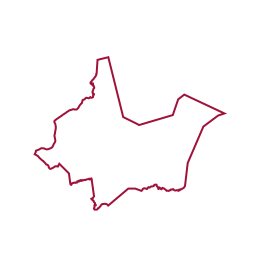 Siguatepeque, Comayagua, Honduras, rotated 75°
{"feature_id": "27666195B5317078284159", "entity_name": "Siguatepeque", "entity_type": "district", "adm_level": 2, "iso_a3": "HND", "parent_name": "Honduras", "parent_adm1": "Comayagua", "projection": "mercator", "projection_center": [-87.863, 14.653], "detail": "fine", "context": "isolated", "style": "outline", "palette": "rose", "viewbox_px": 256, "rotation_deg": 75, "n_neighbors": 0, "source": "geoboundaries", "source_scale": "gbopen_adm2", "svg_char_len": 5594}
<svg xmlns="http://www.w3.org/2000/svg" viewBox="0 0 256 256"><g transform="rotate(75 128 128)"><path d="M201.1,92.9L200.8,92.7L200.7,91.3L200.5,90.4L199.8,89.0L199.1,88.3L198.4,87.8L177.3,79.4L146.1,54.8L139.3,37.7L138.9,31.1L110.3,65.0L113.3,72.1L127.1,81.4L128.0,116.5L125.3,119.4L116.2,129.8L54.5,128.7L54.3,139.8L67.5,144.3L67.7,144.8L68.2,144.9L69.0,145.2L69.4,145.7L70.0,146.5L70.6,147.1L71.0,147.7L71.4,148.2L71.9,148.8L72.2,149.3L72.6,150.2L73.1,150.7L74.3,152.4L74.5,152.5L74.8,152.6L75.3,152.6L75.5,152.5L76.3,151.9L76.4,151.7L76.3,151.4L76.1,151.2L75.6,150.9L75.7,150.6L76.0,150.3L76.4,150.4L77.0,151.1L77.4,151.1L77.7,150.5L77.9,150.4L78.1,150.3L78.5,150.6L79.4,150.2L80.0,150.1L80.3,150.2L80.6,150.3L81.1,151.0L81.4,151.4L82.6,152.0L83.0,152.3L83.3,152.6L83.9,153.0L84.3,153.0L84.5,152.9L84.8,152.8L85.0,152.8L85.5,153.1L85.8,153.0L85.9,152.7L86.1,152.3L86.4,152.1L86.6,152.1L87.2,152.6L87.4,153.0L87.5,153.3L87.9,153.5L88.7,153.6L89.0,153.7L89.2,154.1L89.3,154.6L89.4,155.1L89.3,155.5L89.2,155.9L88.4,156.4L88.4,156.5L88.5,156.6L88.7,156.9L88.9,157.5L89.2,158.1L88.8,158.9L88.6,159.2L88.3,159.8L88.1,160.1L88.0,160.5L88.1,161.0L88.4,161.5L88.8,162.1L89.1,162.8L89.2,163.2L89.1,164.2L89.2,164.5L89.7,164.9L90.7,165.3L90.9,165.5L91.7,166.0L92.1,166.2L92.3,166.6L92.4,167.1L92.6,167.3L93.5,168.6L94.4,169.6L95.4,170.5L95.7,170.7L96.1,171.5L96.4,172.0L96.7,172.5L96.8,173.0L96.5,174.2L96.3,174.8L95.7,175.9L95.6,176.3L95.7,177.3L95.8,177.5L95.8,177.8L95.8,178.2L95.7,178.7L95.8,180.1L96.2,181.0L96.7,182.8L97.3,184.2L98.4,187.6L99.2,189.5L99.4,190.1L99.5,190.6L101.0,194.8L101.8,196.6L102.1,196.9L102.1,197.1L102.3,197.2L102.8,197.5L103.2,197.6L103.6,197.6L104.6,197.3L105.2,197.2L108.0,197.4L109.3,197.7L109.8,197.9L110.6,198.3L111.8,198.8L112.2,199.1L113.1,199.5L114.3,199.9L115.7,200.8L116.4,201.0L117.2,201.1L121.0,201.4L121.5,201.5L122.6,202.0L124.4,204.0L125.9,205.1L126.5,205.6L127.0,206.2L127.1,206.5L127.6,208.5L127.8,210.3L127.8,210.9L127.5,212.3L127.3,212.6L126.8,213.4L126.2,214.0L125.9,214.6L125.2,216.5L125.1,216.8L125.1,217.1L125.3,217.9L125.8,219.6L125.9,220.7L126.0,221.2L126.0,221.7L126.1,222.5L126.1,222.8L127.6,223.5L129.2,224.9L131.2,222.8L131.7,222.3L133.5,221.5L134.4,221.0L137.3,219.1L137.6,218.8L137.8,218.6L137.9,218.4L138.2,218.3L138.7,218.1L138.9,218.0L140.1,217.2L142.0,216.5L142.2,216.3L142.7,215.3L142.9,215.2L143.7,214.8L144.2,214.6L144.5,214.6L145.0,214.7L145.4,214.7L146.4,214.4L146.8,214.3L147.2,213.9L147.3,213.6L147.4,213.1L147.4,212.6L147.1,211.4L147.1,211.0L146.8,210.0L146.3,208.7L146.1,208.2L146.4,207.6L146.5,207.2L146.5,206.6L147.1,205.7L147.0,205.4L146.1,205.0L145.4,204.1L144.8,203.6L156.6,196.8L167.3,198.2L168.0,197.9L168.2,197.7L167.9,197.1L167.3,196.6L167.2,196.5L166.9,196.4L166.9,195.8L166.8,194.6L166.9,194.4L167.0,194.4L167.0,193.7L166.9,193.3L167.0,193.1L167.4,192.8L167.3,192.4L167.2,192.0L167.3,191.7L167.5,191.5L167.5,191.4L167.4,191.1L167.2,191.0L166.8,191.0L166.5,190.9L166.4,190.8L166.4,190.6L166.4,190.4L166.7,189.9L166.6,189.7L166.4,189.6L166.3,189.4L167.0,189.0L167.0,188.9L166.9,188.5L166.2,187.8L166.0,187.5L166.1,187.3L166.8,187.3L166.9,187.1L166.8,186.8L166.7,186.5L166.8,186.5L167.0,186.5L167.1,186.2L166.7,185.6L166.6,185.4L166.8,185.1L166.9,184.9L166.8,184.1L166.8,183.6L166.9,183.4L167.3,182.7L167.3,182.4L167.0,181.9L166.9,181.4L166.9,181.1L167.2,179.7L167.1,179.2L166.9,178.9L166.9,178.7L167.1,178.2L167.8,178.2L167.9,177.8L167.5,177.3L167.2,176.7L167.2,176.4L167.3,176.3L185.2,178.5L185.4,178.9L185.3,179.1L185.2,179.1L185.6,179.2L185.9,179.3L186.4,179.9L186.6,180.1L186.7,180.5L186.8,181.6L186.9,181.8L187.1,181.7L187.5,181.2L187.8,180.8L187.9,180.7L188.1,180.7L188.3,180.7L188.7,180.9L189.2,180.4L189.7,180.0L190.5,180.1L190.8,180.1L191.7,179.4L193.0,179.4L193.5,179.2L194.1,179.0L194.4,179.2L194.4,179.3L194.3,179.5L194.1,179.6L193.5,179.6L193.4,179.7L193.5,180.1L193.7,180.3L196.0,181.0L196.3,181.2L196.7,181.6L197.0,181.7L197.4,181.7L197.7,181.6L198.1,181.4L198.3,181.1L198.4,180.7L198.7,179.4L198.7,179.0L198.6,178.7L198.4,178.3L197.7,177.6L197.7,177.4L197.6,176.8L197.5,176.5L197.0,176.0L196.6,175.1L196.4,174.8L195.5,174.0L195.0,173.1L194.8,172.4L194.9,172.0L195.1,171.0L195.2,170.0L195.8,168.7L196.1,168.3L196.4,168.0L197.0,167.6L197.6,167.3L197.8,167.2L186.6,143.4L188.4,136.7L192.2,131.3L192.1,131.0L191.8,130.5L191.6,130.2L190.6,129.4L190.5,129.0L190.5,128.5L190.4,128.0L190.5,127.7L190.7,127.4L190.8,127.2L190.9,126.9L191.0,126.5L191.2,126.2L191.7,125.8L191.8,125.6L191.8,125.4L191.7,125.1L190.7,124.1L190.5,123.6L190.5,123.4L190.6,123.2L191.1,122.6L191.1,122.2L190.7,121.6L190.5,120.8L190.6,119.9L190.7,119.7L190.8,119.4L190.8,119.2L190.6,118.2L190.5,117.8L189.8,117.3L189.7,117.2L189.9,115.6L190.1,115.2L190.3,115.1L190.5,115.1L190.8,115.2L191.3,115.2L191.7,115.1L192.4,114.7L192.9,114.7L193.2,114.5L193.3,114.4L193.6,114.4L194.5,114.5L194.8,114.4L194.9,114.2L194.5,113.9L193.9,113.8L193.5,113.6L193.4,113.4L193.5,113.3L193.6,113.1L194.6,112.2L195.2,112.0L195.6,111.9L195.8,111.7L195.7,111.4L195.3,110.6L195.2,110.5L194.9,110.4L194.8,110.1L195.4,109.5L195.7,108.9L196.6,108.3L197.6,107.4L198.1,107.2L198.4,107.1L198.6,107.0L198.6,106.7L198.8,106.0L199.3,105.1L199.0,104.0L199.0,103.6L199.1,103.2L198.7,103.0L198.6,102.9L198.5,102.7L198.7,101.9L198.9,101.3L198.8,100.9L198.7,100.5L198.7,100.2L198.8,100.1L199.5,99.8L199.9,99.6L200.1,99.4L200.3,99.1L200.5,98.8L200.6,98.6L200.7,97.6L200.7,97.2L200.7,96.9L200.7,96.6L200.9,96.4L201.7,95.7L201.6,95.1L200.9,94.8L200.7,94.5L200.8,94.4L201.4,94.5L201.5,94.5L201.5,94.2L201.2,93.9L201.1,92.9Z" fill="none" stroke="#9f1239" stroke-width="2"/></g></svg>